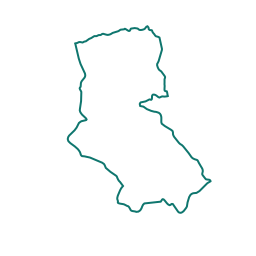 outline of Hovd, rotated 160°
{"feature_id": "MNG-3320", "entity_name": "Hovd", "entity_type": "Province", "adm_level": 1, "iso_a3": "MNG", "parent_name": "Mongolia", "parent_adm1": "", "projection": "mercator", "projection_center": [92.143, 46.988], "detail": "fine", "context": "isolated", "style": "outline", "palette": "teal", "viewbox_px": 256, "rotation_deg": 160, "n_neighbors": 0, "source": "natural_earth", "source_scale": "10m", "svg_char_len": 3788}
<svg xmlns="http://www.w3.org/2000/svg" viewBox="0 0 256 256"><g transform="rotate(160 128 128)"><path d="M76.0,216.9L74.9,216.9L74.4,215.5L74.5,214.7L74.6,214.2L74.7,213.7L74.3,212.9L73.7,212.4L72.3,211.8L72.1,211.3L72.1,209.7L71.7,208.3L71.2,207.1L70.9,205.7L70.4,204.7L68.2,203.1L67.5,202.2L69.0,190.9L69.4,189.8L76.4,180.3L78.3,178.5L78.7,178.2L79.2,176.9L79.3,174.6L79.0,172.4L78.3,171.1L77.4,169.8L75.8,164.3L75.7,163.3L76.0,162.6L77.0,161.3L78.3,157.7L78.7,156.8L79.2,154.9L79.6,154.0L80.3,152.3L80.7,151.2L80.7,150.5L80.2,149.8L79.5,149.5L79.0,149.1L79.1,147.8L79.5,145.7L79.6,144.4L80.4,144.4L82.9,145.0L85.1,146.0L86.2,146.0L87.2,145.9L88.1,145.9L88.9,146.6L90.2,148.7L91.0,149.7L92.1,150.5L93.1,150.8L94.0,150.4L94.5,149.8L95.2,148.0L95.6,147.2L96.0,146.8L96.7,146.6L97.6,147.3L98.2,147.5L102.4,147.0L107.3,147.7L107.9,147.4L108.7,146.6L108.9,145.7L109.0,144.5L106.2,142.8L103.8,139.3L100.4,136.2L97.7,134.3L96.4,133.7L95.4,133.0L93.9,131.8L93.1,130.5L92.8,129.3L92.8,128.3L92.9,127.2L93.2,126.1L94.7,122.1L94.8,120.5L92.7,117.2L88.1,111.5L87.2,110.0L87.2,109.1L87.3,108.4L87.5,107.8L87.8,106.9L87.9,106.0L87.8,104.7L87.6,103.7L85.3,96.8L84.7,95.5L84.0,94.5L83.3,93.7L82.4,91.9L79.6,83.7L78.3,78.9L77.9,78.1L77.6,77.5L76.6,76.4L76.0,75.8L74.4,74.6L73.8,74.0L73.6,73.2L73.5,72.5L73.4,71.3L72.6,66.9L72.3,65.5L72.1,64.0L72.2,62.8L72.6,61.6L73.9,59.6L74.1,58.9L73.9,57.9L72.7,54.1L72.3,53.2L71.6,52.7L69.4,51.6L69.0,51.2L68.7,50.7L68.6,50.3L68.7,49.7L72.3,49.0L82.4,44.3L85.8,43.6L89.1,44.4L90.8,44.3L92.3,43.7L94.2,42.1L97.5,37.7L99.5,34.1L100.6,33.1L103.9,31.0L105.5,30.4L106.7,30.2L107.8,30.4L108.7,31.0L109.2,31.5L109.6,32.4L111.9,41.2L112.6,41.6L113.2,41.7L114.0,41.3L114.6,41.2L115.4,41.3L116.4,42.4L117.1,43.8L118.3,47.3L118.9,48.6L119.6,49.2L120.4,49.1L122.0,47.9L122.5,47.6L134.7,50.6L138.4,51.5L140.0,50.8L141.5,49.4L142.9,47.8L144.6,46.5L145.9,46.1L146.9,45.9L148.6,46.3L149.0,46.4L149.2,46.6L149.4,46.8L149.8,47.1L152.5,48.6L153.2,49.3L153.4,49.6L153.5,49.9L153.6,50.2L153.6,50.5L153.8,51.8L154.0,53.0L154.2,53.6L154.3,53.8L154.5,54.3L154.7,54.5L155.5,55.1L157.6,57.4L158.4,58.0L161.4,59.7L162.5,60.5L162.9,60.9L162.9,61.1L163.0,61.4L162.9,61.6L162.9,61.8L162.8,62.0L162.7,62.2L162.5,62.6L162.5,63.0L162.4,63.5L162.4,64.4L162.4,64.8L162.3,65.2L161.8,66.3L160.7,67.9L156.7,72.2L155.0,73.7L152.5,75.2L153.9,79.9L154.7,81.7L155.0,83.5L155.1,84.9L155.1,86.3L155.5,87.2L159.5,92.8L162.5,98.1L162.6,100.7L162.7,101.5L162.9,102.4L164.2,104.3L166.8,106.7L173.8,113.2L178.5,116.2L180.8,117.3L181.3,118.1L181.5,119.1L181.4,120.4L181.4,121.8L181.8,123.6L182.4,125.4L184.3,128.9L187.3,133.4L188.5,135.9L188.5,137.7L188.2,138.6L187.3,139.9L185.9,141.0L179.0,144.1L176.1,146.0L172.4,149.5L170.5,150.1L169.5,150.3L166.0,149.9L165.2,149.8L164.5,149.8L164.0,150.2L164.1,151.2L164.5,152.1L166.6,156.3L167.1,157.9L167.4,159.4L167.3,161.0L166.7,162.3L162.9,169.3L159.7,177.4L159.5,178.2L159.9,180.7L159.9,181.6L159.4,182.4L158.5,182.9L158.1,183.6L156.9,186.3L156.2,187.2L155.4,187.9L151.6,190.2L150.7,191.1L150.1,192.2L149.8,193.9L150.7,204.4L150.5,210.1L148.7,225.2L148.7,225.5L147.9,225.5L147.2,225.3L146.6,225.3L146.0,225.3L145.3,225.5L144.3,225.4L143.3,225.0L141.5,223.9L141.0,223.9L139.9,224.1L139.4,224.1L137.9,223.9L134.0,225.0L131.8,225.1L128.6,225.8L128.0,225.8L126.5,225.2L125.9,225.1L124.3,225.3L123.7,225.3L122.2,224.8L121.6,224.8L120.0,225.2L119.1,225.0L116.3,223.0L115.2,222.4L114.1,222.2L113.0,222.1L111.8,222.2L109.9,222.6L104.2,222.3L103.4,222.4L102.0,222.8L101.3,222.9L98.0,222.1L97.6,222.1L97.3,222.3L97.0,222.3L96.6,222.0L94.4,219.2L93.8,218.8L93.1,218.8L92.5,219.2L92.0,219.8L91.4,220.3L90.8,220.3L87.5,219.6L85.3,218.4L84.8,218.0L84.1,216.8L83.7,216.3L82.5,215.7L81.0,215.4L79.5,215.3L78.3,215.5L76.0,216.9Z" fill="none" stroke="#0f766e" stroke-width="2"/></g></svg>